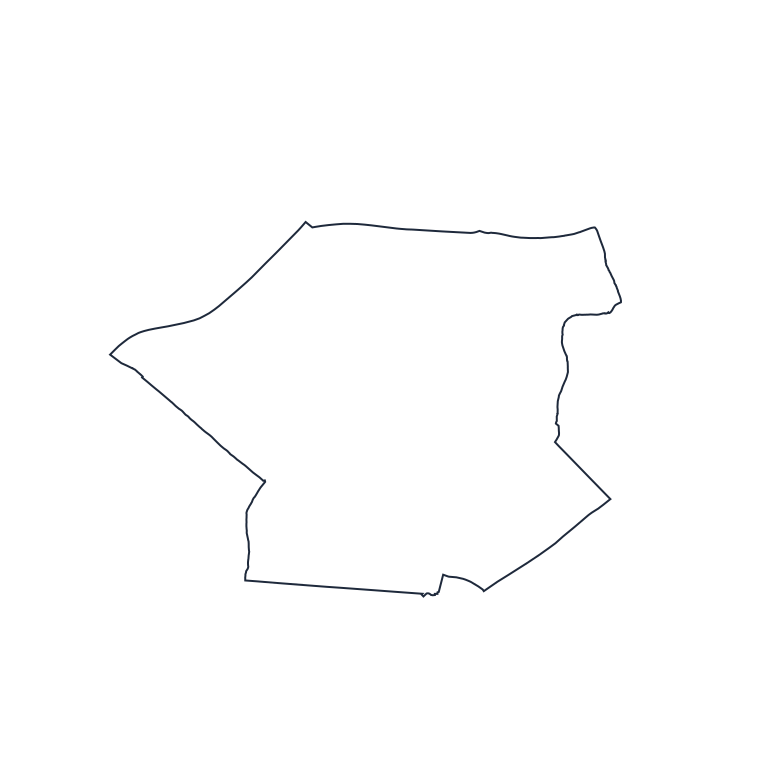 the district of Ridderkerk, Zuid-Holland, Netherlands, rotated 299°
{"feature_id": "6326949B39885659385056", "entity_name": "Ridderkerk", "entity_type": "district", "adm_level": 2, "iso_a3": "NLD", "parent_name": "Netherlands", "parent_adm1": "Zuid-Holland", "projection": "mercator", "projection_center": [4.592, 51.871], "detail": "fine", "context": "isolated", "style": "outline", "palette": "slate", "viewbox_px": 768, "rotation_deg": 299, "n_neighbors": 0, "source": "geoboundaries", "source_scale": "gbopen_adm2", "svg_char_len": 5998}
<svg xmlns="http://www.w3.org/2000/svg" viewBox="0 0 768 768"><g transform="rotate(299 384 384)"><path d="M521.0,306.9L516.7,296.2L513.9,289.6L511.0,283.1L507.8,276.9L504.3,270.6L500.2,264.4L496.3,258.7L491.9,252.6L487.9,247.5L486.2,245.4L487.7,236.9L485.2,236.4L483.3,236.0L480.5,235.4L476.7,234.5L446.8,226.2L432.0,221.9L413.4,216.7L406.1,214.3L395.1,210.4L372.2,201.9L366.9,199.6L361.2,196.8L356.6,193.9L352.1,190.9L347.5,186.9L340.3,179.4L329.8,167.2L325.3,161.6L321.4,156.8L317.4,152.1L314.1,148.6L311.7,146.3L309.6,144.5L307.0,142.8L304.1,140.8L301.4,139.2L299.1,138.0L295.9,136.6L292.1,135.0L288.6,133.6L283.6,132.1L276.9,130.2L274.9,144.2L275.4,150.1L275.7,155.9L275.8,155.9L275.9,156.1L275.7,156.2L275.8,158.2L275.8,158.6L275.9,158.8L275.7,160.0L275.6,160.5L275.3,161.8L275.2,161.9L275.1,162.4L274.1,167.3L273.8,168.3L273.6,169.1L273.4,169.5L272.4,169.3L271.7,173.2L271.1,176.4L270.1,181.3L268.9,187.7L268.4,190.7L267.3,196.2L265.6,204.6L265.2,206.3L265.2,206.9L264.5,209.7L263.9,211.8L263.6,213.1L262.9,216.9L262.9,217.7L262.8,218.6L262.7,219.8L262.4,221.0L262.1,221.9L261.1,224.8L260.9,225.6L260.8,227.4L260.6,228.7L260.3,229.5L259.8,230.9L259.6,231.8L259.4,232.7L259.2,233.9L259.1,234.8L258.9,236.0L258.5,237.7L257.9,239.8L257.0,243.6L256.6,245.8L256.3,246.6L255.9,248.8L255.8,249.1L255.7,249.6L255.4,251.4L255.1,253.9L254.9,255.4L254.8,256.2L254.3,258.7L254.1,259.4L253.4,261.7L252.0,266.6L251.1,269.9L250.9,270.6L250.6,272.0L250.0,275.1L249.9,276.1L249.8,277.1L249.7,278.3L249.5,279.2L249.5,279.5L248.9,281.3L248.4,283.0L248.2,283.2L248.1,283.6L248.0,284.4L247.7,287.4L247.6,288.0L247.1,290.3L246.6,292.3L246.5,293.6L245.7,299.0L245.5,301.1L245.2,302.8L244.1,307.8L243.1,312.2L242.5,316.5L242.0,320.3L241.0,324.7L240.8,325.3L241.9,326.5L241.4,327.0L240.8,327.5L233.6,326.2L229.0,325.9L227.4,325.9L223.9,325.8L223.3,325.7L222.9,325.7L222.6,325.7L221.7,325.4L221.0,325.3L219.2,325.3L216.6,325.7L215.8,325.6L215.1,325.7L213.8,325.6L212.2,325.5L211.1,325.5L210.1,325.6L207.8,325.5L206.6,325.7L205.1,326.0L204.4,326.3L204.2,326.4L203.7,326.8L203.1,327.2L201.7,327.9L200.8,328.4L200.0,328.8L198.9,329.3L196.4,330.8L195.8,331.1L195.5,331.2L195.1,331.4L192.9,332.6L191.7,333.4L190.9,333.9L188.9,335.3L188.1,335.6L186.8,336.4L186.4,336.8L184.3,338.6L182.7,340.0L181.6,340.9L180.6,341.9L178.7,343.1L175.7,344.8L173.1,346.5L172.3,347.1L172.0,347.4L170.9,347.8L169.2,348.5L168.8,348.6L165.1,350.3L164.6,350.4L163.5,350.9L162.3,351.4L161.0,352.1L159.4,353.1L158.8,353.6L158.5,353.8L158.0,354.0L157.4,354.2L156.5,354.3L155.9,354.4L154.9,354.3L153.9,354.2L153.4,354.2L153.2,354.3L152.5,354.6L152.1,354.7L151.0,354.9L150.3,355.1L149.0,355.8L147.5,356.4L147.0,356.7L144.9,357.9L149.7,368.3L153.9,377.6L158.1,386.9L173.1,419.7L174.8,423.4L178.5,431.5L184.2,443.7L199.6,477.0L209.0,497.4L219.1,519.2L218.1,518.9L217.3,521.5L221.4,522.8L221.6,523.0L222.1,523.7L222.5,524.6L222.5,524.8L222.6,525.2L222.6,525.6L222.5,526.4L222.4,527.2L222.3,527.4L222.9,529.1L224.1,530.8L225.1,530.2L226.4,532.5L227.7,531.8L228.2,532.2L228.7,532.7L245.9,528.2L246.7,533.2L246.9,534.1L250.0,541.0L251.7,546.8L251.9,547.4L252.4,550.1L252.8,553.4L253.0,555.7L252.7,564.7L252.1,570.0L251.2,571.7L266.1,579.1L277.6,585.5L296.9,596.0L309.9,602.7L321.0,608.0L328.0,611.2L337.2,614.4L351.9,620.2L366.4,625.6L368.5,626.4L370.3,627.2L372.4,628.2L375.5,629.9L379.1,631.9L380.1,632.3L384.6,634.3L393.1,637.8L395.1,631.1L402.1,607.8L411.0,578.4L413.3,570.7L414.4,567.0L416.1,561.7L419.0,561.9L421.8,561.9L423.2,561.9L424.0,561.8L424.5,561.6L426.1,560.8L427.7,559.7L430.2,558.2L431.0,557.7L432.0,557.0L432.1,556.9L432.7,553.5L434.0,553.1L435.4,553.1L438.2,551.5L439.2,550.9L442.4,550.2L442.4,549.9L442.8,549.9L446.0,548.2L447.6,547.1L448.3,546.7L453.3,544.3L457.3,543.2L458.7,542.6L461.3,542.4L463.5,542.4L466.7,541.8L468.0,541.5L473.9,540.9L476.0,540.8L478.9,540.3L483.6,539.1L487.6,536.7L487.9,536.6L492.5,533.8L492.8,533.3L493.1,533.1L493.1,532.9L494.7,531.8L496.0,531.1L497.1,530.2L497.1,529.9L497.6,529.4L497.7,529.1L500.1,525.9L504.3,521.3L506.5,519.5L506.8,519.4L507.4,519.0L509.9,517.9L511.8,516.8L512.9,516.4L513.7,516.4L514.2,516.0L514.5,515.7L516.1,514.7L517.6,514.1L519.0,513.4L520.5,512.9L522.4,513.1L522.8,512.9L522.9,512.7L524.1,512.5L525.5,512.2L526.3,512.4L528.0,512.8L530.1,513.3L530.6,513.5L533.7,515.3L534.3,515.4L534.6,515.6L536.7,517.8L537.5,518.6L538.2,519.0L537.9,519.6L538.5,520.5L539.3,520.9L540.5,523.7L540.6,523.8L544.1,529.7L544.8,530.6L547.7,536.5L548.9,538.2L551.5,540.9L551.7,541.0L553.0,542.8L552.8,543.2L553.6,544.5L553.8,544.7L555.4,545.4L555.0,546.0L555.3,546.7L556.4,547.3L557.7,547.6L559.9,547.8L561.3,547.7L564.3,547.9L565.0,548.1L566.2,548.7L567.6,549.7L567.9,549.8L570.3,551.6L571.2,551.2L571.6,551.0L573.5,549.4L575.1,547.7L578.4,543.7L578.9,543.5L579.4,542.9L580.2,541.9L581.0,540.9L581.8,540.2L582.0,539.9L582.2,539.4L582.8,539.0L583.0,538.6L583.0,538.3L583.6,537.3L583.7,537.2L583.9,536.7L585.7,535.3L586.3,534.6L589.0,530.5L591.0,527.9L591.2,527.3L592.3,525.9L592.5,525.2L593.2,524.6L593.8,523.7L594.2,523.3L594.8,522.1L595.4,521.3L595.5,520.9L597.0,519.8L598.4,518.4L599.2,518.1L599.4,517.9L599.5,518.1L601.7,516.0L605.0,514.1L606.9,512.4L609.5,509.6L610.8,508.1L614.2,504.1L617.4,500.5L621.2,496.3L622.0,495.1L622.3,494.5L623.1,492.7L622.9,492.3L622.9,492.0L622.5,491.5L622.0,490.9L621.3,490.0L620.9,489.6L620.0,488.7L616.3,485.5L612.8,482.5L611.8,481.7L611.3,481.1L607.5,477.6L606.8,476.8L605.7,475.5L603.3,472.5L602.4,471.4L601.5,470.2L601.1,469.9L599.4,467.6L598.2,466.1L596.0,463.1L594.6,461.1L593.6,459.4L592.3,457.4L587.5,450.2L586.5,448.2L582.8,441.7L582.6,441.3L579.9,435.8L578.2,432.4L577.1,429.6L575.9,426.6L575.1,424.4L574.3,421.9L573.9,420.4L572.0,413.9L571.3,411.7L570.3,409.0L569.1,406.3L568.9,406.0L568.3,404.4L567.8,403.7L567.2,403.0L566.5,402.0L565.9,400.6L565.2,398.6L564.2,393.3L561.7,391.1L560.3,389.6L559.2,388.2L558.0,386.3L545.9,361.4L543.8,357.0L533.0,334.3L530.3,329.0L527.4,322.6L526.1,319.6L521.0,306.9Z" fill="none" stroke="#1e293b" stroke-width="2"/></g></svg>